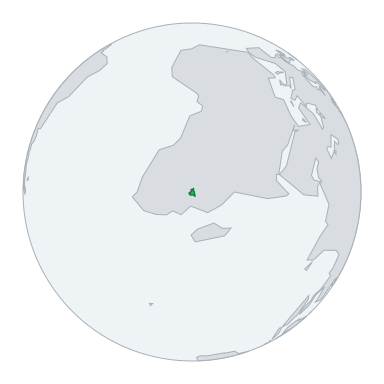 the Earth from above Mashonaland Central, rotated 55°
{"feature_id": "ZWE-524", "entity_name": "Mashonaland Central", "entity_type": "Province", "adm_level": 1, "iso_a3": "ZWE", "parent_name": "Zimbabwe", "parent_adm1": "", "projection": "orthographic", "projection_center": [30.9, -16.688], "detail": "fine", "context": "on_globe", "style": "filled", "palette": "green", "viewbox_px": 384, "rotation_deg": 55, "n_neighbors": 0, "source": "natural_earth", "source_scale": "10m", "svg_char_len": 6298}
<svg xmlns="http://www.w3.org/2000/svg" viewBox="0 0 384 384"><g transform="rotate(55 192 192)"><circle cx="192" cy="192" r="169" fill="#eef3f6" stroke="#a8b0b8"/><path d="M24.1,173.3L24.1,173.5L25.0,173.6L25.3,179.4L24.9,184.3L25.9,183.8L25.9,186.6L32.6,184.2L38.2,187.9L39.5,197.8L37.8,212.1L43.1,238.4L41.8,251.4L46.1,262.1L53.2,279.7L51.8,281.8L57.0,287.6L60.2,293.3L60.6,295.6L64.8,300.6L65.3,302.2L67.9,304.2L74.9,312.4L80.0,316.4L86.7,322.7L90.1,324.8L90.3,325.4L92.2,327.0L94.4,328.6L92.5,328.1L85.0,322.6L80.6,318.8L80.8,319.2L70.7,309.5L73.2,312.1L68.0,306.8L60.2,297.7L52.9,288.0L46.5,277.8L40.7,267.2L35.7,256.2L31.5,244.9L28.2,233.3L25.6,221.5L23.9,209.5L23.1,197.5L23.2,185.4L24.1,173.3ZM97.8,329.9L93.7,328.8L95.0,329.0L90.9,325.5L94.9,327.0L97.8,329.9ZM87.7,320.4L85.9,317.7L87.0,318.0L88.4,320.0L87.7,320.4ZM234.6,28.5L236.0,28.9L237.2,29.3L236.7,29.1L248.7,32.8L260.4,37.5L271.8,43.1L282.7,49.4L293.1,56.6L302.9,64.5L312.1,73.2L320.6,82.5L328.5,92.4L335.5,102.8L341.8,113.8L347.2,125.2L346.9,125.0L347.8,127.5L345.3,122.5L345.6,125.5L353.0,145.0L354.0,149.6L352.8,154.8L352.1,151.1L345.6,137.7L347.0,148.3L352.0,161.5L353.8,174.4L351.1,168.0L348.9,156.6L346.6,151.6L345.4,142.0L340.0,126.2L337.1,126.3L335.5,120.8L327.6,107.4L322.4,107.5L315.4,117.3L317.4,131.6L313.7,136.6L302.0,113.1L296.7,99.3L292.6,99.4L280.6,86.8L259.9,82.6L256.9,79.2L253.1,80.1L244.6,76.2L240.1,71.1L235.0,71.0L247.0,84.7L252.5,85.1L257.1,80.8L259.4,85.8L267.6,91.3L258.6,101.9L227.9,110.4L224.9,99.8L201.7,73.1L202.4,70.5L202.3,70.2L202.0,69.6L199.9,74.0L195.9,69.4L208.3,86.6L210.4,94.7L227.5,111.0L225.9,112.6L231.4,116.3L249.1,113.7L249.2,117.3L240.8,133.8L216.3,157.3L219.6,175.2L217.9,190.9L202.8,201.2L204.3,214.0L196.4,218.6L196.1,226.0L189.9,234.2L179.5,242.3L161.7,243.6L160.4,236.7L151.3,224.1L138.6,194.6L143.0,180.4L141.3,170.4L128.4,150.2L131.2,138.1L127.8,133.8L120.8,136.1L116.9,131.2L112.6,131.9L86.3,142.0L78.4,137.2L69.6,119.8L74.5,110.3L75.7,101.5L109.8,65.9L116.6,65.5L143.0,57.9L146.2,58.3L142.7,64.2L162.1,69.4L168.9,64.0L187.0,67.3L199.3,67.2L204.4,56.6L184.3,56.5L181.2,51.8L197.7,47.7L215.4,49.0L214.8,47.3L204.0,43.1L208.4,40.5L200.3,41.6L203.3,43.2L198.3,44.2L195.2,42.8L196.9,41.8L191.7,41.1L185.0,46.8L187.3,49.1L173.4,50.8L176.0,55.0L172.1,57.3L166.3,51.1L167.2,48.8L156.0,43.8L153.9,46.3L164.2,51.4L160.8,51.2L158.0,55.4L157.5,52.1L146.7,46.7L134.4,50.1L118.1,62.7L111.1,65.3L105.5,65.1L112.1,54.5L127.1,50.0L129.7,47.0L127.2,44.4L132.0,43.5L132.8,42.1L138.6,40.7L147.2,36.4L153.1,35.3L157.1,31.7L160.7,30.9L157.3,33.0L158.1,34.3L172.8,32.7L175.9,31.8L177.3,29.8L181.1,30.0L180.6,28.4L189.4,27.6L178.3,27.4L179.6,26.0L185.2,24.9L183.6,24.6L174.5,26.5L172.7,27.4L174.3,28.1L167.6,31.5L162.4,32.6L161.9,29.5L154.5,31.0L157.3,28.6L180.2,23.7L189.4,23.2L203.4,24.2L200.9,24.6L194.7,24.2L199.9,25.5L199.8,24.9L203.0,25.3L205.1,24.6L207.5,24.9L205.4,24.0L208.6,24.3L209.8,24.9L215.6,24.9L222.4,25.9L222.5,25.9L220.8,25.5L230.5,27.5L230.2,27.4L226.9,26.7L226.5,26.6L234.6,28.5ZM97.7,81.2L96.7,83.7L97.7,81.2ZM234.0,56.8L244.6,58.6L239.9,52.1L243.6,52.4L240.6,50.3L239.5,51.6L232.3,46.2L236.8,45.4L235.6,43.2L231.9,42.5L224.7,45.1L235.0,52.5L232.6,54.6L234.0,56.8ZM131.9,37.5L133.6,37.6L131.1,39.2L123.7,42.1L127.2,39.5L131.9,37.5ZM136.7,37.4L138.2,34.3L142.9,32.8L140.0,34.1L143.0,33.4L139.1,35.4L142.1,37.6L140.0,39.3L127.3,42.8L132.6,40.5L130.6,40.4L136.7,37.4ZM142.7,30.4L143.9,30.0L142.2,30.6L134.6,33.1L133.0,33.7L142.7,30.4ZM150.2,55.8L152.7,55.8L156.8,55.1L155.1,58.0L150.2,55.8ZM142.7,52.1L145.0,51.5L144.6,54.7L141.9,55.0L142.7,52.1ZM146.7,48.6L145.2,51.2L144.4,50.0L146.7,48.6ZM159.5,32.5L162.1,32.0L162.2,32.4L160.6,33.3L159.5,32.5ZM200.8,58.3L197.0,60.2L195.3,59.2L196.9,58.7L200.8,58.3ZM174.8,58.5L180.6,59.6L174.3,59.2L174.8,58.5ZM260.8,288.2L261.3,291.2L258.9,290.8L260.8,288.2ZM246.6,190.4L234.7,218.0L226.8,217.5L225.5,208.9L230.0,191.9L239.3,187.8L243.9,180.7L246.6,190.4ZM358.5,217.3L358.4,219.9L358.3,220.6L358.5,217.3ZM358.8,212.6L358.9,215.0L358.4,213.9L358.8,212.6ZM358.9,216.0L359.1,216.7L359.0,217.9L358.9,216.0ZM358.5,211.2L355.4,203.4L353.6,198.4L354.5,196.3L357.3,201.7L358.5,211.2ZM354.3,195.9L351.1,183.7L343.7,155.7L346.4,158.0L353.5,177.5L353.2,179.5L355.1,188.3L354.3,195.9ZM360.4,192.5L360.0,199.3L358.6,194.4L357.8,191.3L357.3,180.8L357.6,176.9L358.4,178.6L359.4,169.3L360.1,175.3L360.4,179.8L360.8,187.8L360.4,192.5ZM318.1,133.2L322.0,143.2L319.7,143.8L318.1,133.2ZM358.6,163.8L358.8,165.3L358.4,163.0L358.6,163.8ZM349.3,131.7L348.6,130.9L347.8,128.6L348.2,128.4L349.3,131.7ZM215.0,24.6L217.0,24.9L210.3,24.0L215.0,24.6ZM333.5,284.3L333.7,284.0L330.1,283.0L331.0,278.9L334.4,274.6L342.4,257.5L342.4,258.7L346.9,248.3L351.1,246.5L355.0,236.4L351.1,249.0L346.1,261.2L340.3,273.0L333.5,284.3ZM358.2,222.7L358.1,222.9L358.2,222.4L358.2,222.7ZM360.1,208.9L360.8,199.5L360.2,207.2L360.2,205.9L360.6,198.1L360.9,190.7L360.9,188.9L361.0,190.8L360.9,190.7L360.9,196.0L360.1,208.9Z" fill="#d9dde1" stroke="#a8b0b8" stroke-width="1"/><path d="M190.3,188.9L190.5,188.9L190.6,189.1L190.6,189.4L190.6,189.8L190.6,190.0L190.9,190.0L191.1,190.0L191.6,190.0L191.9,190.0L192.0,190.0L192.3,190.2L192.5,190.0L193.0,190.0L193.2,190.3L193.3,190.3L193.4,190.5L193.5,190.5L193.8,190.6L194.2,190.6L194.3,190.6L194.5,190.9L194.7,191.0L194.8,191.0L195.2,191.3L195.7,191.3L195.9,191.3L196.2,191.4L196.7,191.6L197.0,191.8L197.1,192.0L196.8,192.2L196.7,192.1L196.3,192.1L196.2,192.1L195.8,192.2L195.7,192.3L195.4,192.3L195.2,192.4L195.2,192.5L194.9,192.8L194.8,193.0L194.7,193.2L194.6,193.3L194.4,193.5L194.4,193.8L194.1,194.1L194.0,194.3L193.7,194.4L193.7,194.5L193.4,194.7L193.4,194.8L193.2,194.7L193.1,194.8L193.1,194.7L193.2,194.4L192.7,194.3L192.6,194.5L192.5,194.9L192.5,195.0L192.4,195.1L192.2,195.0L192.2,194.9L192.0,195.0L192.0,194.9L191.8,194.8L191.7,194.8L191.6,194.7L191.3,194.6L191.2,194.6L191.3,194.2L191.2,194.0L191.3,193.9L191.4,193.7L191.5,193.5L191.5,193.4L191.5,193.2L191.4,193.1L191.2,193.1L191.0,192.9L190.9,192.5L191.0,192.4L191.0,192.2L190.9,192.2L190.7,191.9L190.5,191.7L190.6,191.4L190.7,191.2L190.4,191.0L190.3,190.9L190.2,190.8L190.1,191.0L189.9,191.0L189.7,191.1L189.7,190.9L189.7,190.7L189.8,190.6L189.9,190.4L189.7,190.4L189.7,190.2L190.3,189.3L190.4,189.2L190.3,188.9L190.3,188.9Z" fill="#22c55e" stroke="#15803d" stroke-width="1.5"/></g></svg>